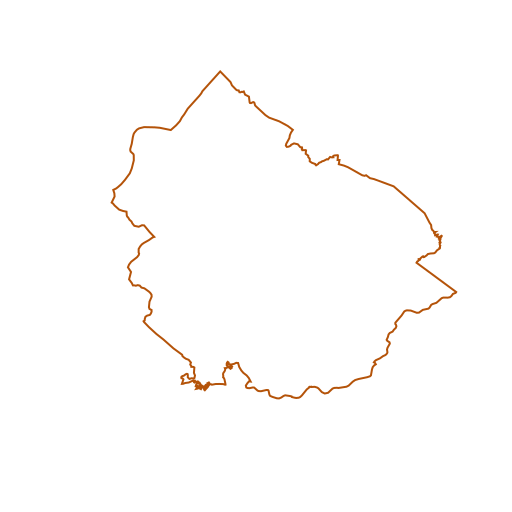 Remolino, Magdalena, Colombia, rotated 42°
{"feature_id": "7082276B2618998543770", "entity_name": "Remolino", "entity_type": "district", "adm_level": 2, "iso_a3": "COL", "parent_name": "Colombia", "parent_adm1": "Magdalena", "projection": "natural_earth1", "projection_center": [-74.562, 10.638], "detail": "fine", "context": "isolated", "style": "outline", "palette": "amber", "viewbox_px": 512, "rotation_deg": 42, "n_neighbors": 0, "source": "geoboundaries", "source_scale": "gbopen_adm2", "svg_char_len": 6150}
<svg xmlns="http://www.w3.org/2000/svg" viewBox="0 0 512 512"><g transform="rotate(42 256 256)"><path d="M83.7,239.4L83.0,241.9L83.1,245.6L83.5,247.3L84.9,250.0L88.6,255.8L90.9,260.5L91.7,261.5L93.0,262.3L96.6,262.3L97.6,262.8L101.2,266.7L105.1,274.1L106.9,279.0L107.7,287.1L107.8,292.9L107.3,297.2L106.9,299.4L105.7,302.4L108.8,304.2L111.1,306.4L113.0,312.9L114.6,312.7L117.2,313.1L123.3,313.1L127.1,311.5L130.1,309.7L132.8,312.3L133.9,312.9L135.1,312.9L137.7,313.7L140.4,313.7L142.3,314.5L145.4,315.0L149.3,312.7L150.7,309.4L152.4,308.1L160.9,309.4L167.6,309.9L166.8,311.3L165.8,315.8L163.9,321.4L163.4,323.8L163.5,326.4L164.1,329.3L166.5,332.0L167.4,332.3L168.2,333.7L168.4,336.4L167.1,343.8L167.4,347.3L168.4,350.1L173.8,351.5L177.3,358.3L181.8,359.2L184.2,360.2L185.4,359.1L186.6,358.5L187.6,356.8L189.4,355.8L192.0,356.1L194.7,354.7L200.4,354.1L202.3,354.2L204.3,354.7L205.7,356.1L207.4,361.2L210.7,365.7L212.3,366.6L214.5,366.0L215.7,367.3L216.4,369.2L216.5,370.9L215.0,373.1L214.5,375.1L215.4,377.1L216.4,378.4L216.1,379.7L217.0,380.0L224.1,380.5L234.1,380.6L243.0,380.0L256.4,379.9L267.2,378.8L268.3,379.6L270.4,379.6L272.6,379.3L275.4,378.2L278.9,378.7L279.8,380.7L281.3,381.0L282.1,381.7L283.7,380.3L284.8,380.1L288.1,384.4L290.6,385.6L291.9,387.9L291.6,388.7L289.8,390.1L288.8,391.9L286.5,391.8L284.9,390.0L284.1,389.5L283.4,389.9L282.9,390.9L282.4,393.4L281.7,394.4L281.4,395.5L281.7,396.2L282.4,396.7L283.4,396.1L284.6,396.2L286.5,400.6L287.3,399.8L288.4,397.7L290.7,395.0L292.5,390.9L293.5,390.8L294.4,391.3L295.7,391.1L293.2,390.6L293.2,390.1L294.0,389.5L294.9,390.1L295.6,389.7L296.7,388.1L297.1,388.1L296.3,389.1L298.8,387.9L300.1,388.3L299.9,388.6L298.0,388.9L297.0,390.3L298.4,393.2L298.9,393.0L299.4,391.5L300.3,392.4L301.0,392.0L300.3,393.1L300.5,394.7L301.4,393.5L300.8,388.8L304.1,388.2L303.9,388.9L302.2,389.1L301.8,390.7L302.2,391.5L302.1,392.3L304.2,391.8L303.6,389.4L304.6,389.0L305.1,389.1L305.3,388.7L305.7,388.9L305.8,388.1L307.0,386.9L305.9,387.7L305.6,388.5L304.8,387.8L305.1,387.1L304.8,384.7L305.1,385.4L306.2,386.5L307.1,385.5L306.4,386.0L305.6,385.5L305.6,382.5L305.2,382.6L305.6,381.5L306.1,381.6L306.5,384.4L307.4,385.5L307.2,387.5L306.9,387.9L307.2,388.1L307.0,390.0L307.8,390.0L307.8,389.6L307.2,389.6L307.3,389.2L307.6,389.4L307.8,387.9L307.8,385.4L307.4,383.7L307.7,381.9L308.3,381.4L309.3,381.2L311.7,378.1L314.4,375.6L317.4,373.1L319.2,372.3L319.4,372.0L318.6,371.3L315.0,368.7L313.5,368.1L312.8,368.2L312.0,367.1L310.5,365.8L310.0,364.7L309.8,362.8L309.4,361.6L308.9,360.7L307.9,360.2L308.8,359.2L309.4,357.7L311.3,356.2L311.7,356.3L311.6,356.9L312.5,356.9L312.8,355.6L312.3,355.4L312.3,354.2L311.4,354.1L310.7,355.8L309.5,356.7L307.5,356.9L306.7,356.1L307.2,355.1L306.5,355.7L306.2,355.5L305.8,354.5L305.8,353.6L306.9,353.5L308.4,354.6L309.1,354.3L309.0,354.1L310.2,353.2L311.9,350.8L312.8,348.6L314.3,347.5L317.8,349.7L321.7,350.9L324.8,351.3L329.0,351.0L332.3,351.5L336.0,352.9L334.7,353.8L334.7,356.0L335.1,359.0L336.7,360.2L337.9,359.9L339.5,358.7L341.7,355.7L342.7,355.0L347.3,355.0L348.7,354.4L350.3,353.0L353.4,348.6L354.6,347.6L355.3,347.6L358.8,350.1L360.1,350.5L362.5,349.7L366.9,347.7L368.5,346.3L369.5,344.2L370.1,341.6L370.9,340.0L374.8,337.4L376.5,336.5L377.0,336.8L379.3,335.6L380.9,334.6L382.6,332.7L383.2,331.2L383.4,328.9L383.0,321.2L383.5,318.1L383.2,317.7L383.5,317.1L384.4,316.6L384.6,316.1L385.0,316.1L387.2,313.9L389.6,312.8L391.0,312.6L396.0,313.1L399.1,312.2L401.1,309.4L401.6,303.3L402.4,301.7L404.3,299.8L405.6,298.9L410.7,292.6L411.6,290.3L412.0,284.7L412.7,281.8L414.6,278.7L419.7,271.7L421.2,269.1L421.3,267.8L418.1,262.7L417.1,260.5L417.0,258.3L417.5,256.3L415.7,255.8L414.8,256.1L414.6,254.9L414.8,253.2L416.6,249.1L417.4,245.4L418.3,243.4L418.6,242.1L418.5,240.5L418.1,239.6L415.9,237.8L415.1,236.1L414.1,231.6L413.0,230.8L410.3,231.2L409.2,230.9L408.2,227.9L407.0,225.6L406.9,223.7L408.1,220.8L407.8,218.5L408.0,215.9L407.3,214.2L405.9,213.4L405.0,213.3L404.2,212.3L404.0,202.8L403.3,198.0L403.7,196.7L404.5,195.4L407.5,193.0L413.5,190.6L415.0,189.0L416.0,184.4L419.4,179.7L419.5,178.1L418.9,175.2L419.3,173.7L421.4,170.1L422.2,163.1L423.0,161.6L426.3,158.7L427.7,156.9L428.0,155.0L427.7,152.4L429.0,149.9L429.0,149.2L428.9,148.8L379.8,153.6L379.5,152.3L379.9,151.1L379.4,150.2L379.5,149.5L379.1,149.3L379.4,149.0L379.9,149.1L380.1,149.6L380.3,149.3L379.8,147.5L380.1,144.9L380.4,144.4L381.3,144.7L381.7,144.2L382.4,141.3L382.4,139.6L383.9,137.5L386.4,134.9L386.9,133.5L386.7,130.7L387.5,127.4L386.9,127.1L387.0,126.5L386.1,125.5L386.0,124.9L385.7,124.6L385.8,124.1L385.4,124.8L384.9,124.6L384.4,124.1L384.2,122.5L383.3,122.1L383.1,122.4L382.9,121.8L382.1,121.5L382.1,120.9L381.5,121.1L381.4,120.3L380.8,120.5L381.1,118.9L380.5,116.1L379.4,120.1L378.4,119.9L377.5,120.5L377.1,119.3L376.7,120.1L375.6,120.4L375.6,120.0L375.2,120.6L374.8,120.0L373.8,119.9L373.6,119.5L373.1,119.8L372.7,119.5L372.8,119.1L373.1,119.0L373.3,118.1L372.3,119.1L370.9,118.6L369.4,118.7L367.6,117.8L365.4,115.8L362.6,115.1L352.7,111.4L311.7,112.1L292.2,119.9L288.6,121.9L283.8,122.3L283.1,123.7L281.0,124.9L264.9,128.5L260.8,130.0L256.1,132.4L253.8,128.8L252.4,130.1L249.8,126.6L249.3,126.4L247.2,128.6L246.5,129.8L246.7,130.8L247.3,131.0L246.5,131.9L244.8,132.8L244.9,136.1L243.9,136.6L242.7,139.9L241.7,141.5L241.5,142.7L240.5,144.5L240.6,146.1L240.0,148.4L238.8,148.3L238.4,148.0L235.3,149.3L232.6,149.7L230.9,147.8L228.6,147.5L227.7,146.5L224.5,146.8L222.5,144.0L221.9,144.2L219.6,146.4L218.4,145.9L218.4,145.3L217.5,144.5L216.0,145.5L212.3,145.0L208.9,146.9L207.7,149.9L207.9,150.9L207.1,152.9L205.9,154.3L204.3,154.0L203.4,152.4L201.9,146.0L200.4,143.7L199.4,140.8L199.0,137.6L192.6,138.1L183.1,140.4L173.2,144.4L168.7,145.0L155.8,144.8L154.6,144.7L152.2,143.2L151.6,143.2L150.9,143.5L150.0,145.7L149.2,146.3L148.5,146.1L144.1,142.3L139.9,143.4L136.8,141.9L136.3,143.1L135.6,143.4L134.9,144.8L134.1,145.4L132.3,144.5L131.3,145.4L130.2,145.7L124.0,145.3L120.7,143.8L105.9,142.8L105.9,169.4L106.5,171.8L106.7,174.7L106.7,192.2L107.9,198.9L108.2,202.6L109.2,206.7L109.2,212.4L108.4,219.4L98.7,225.1L94.6,228.2L86.6,235.1L83.7,239.4Z" fill="none" stroke="#b45309" stroke-width="2"/></g></svg>